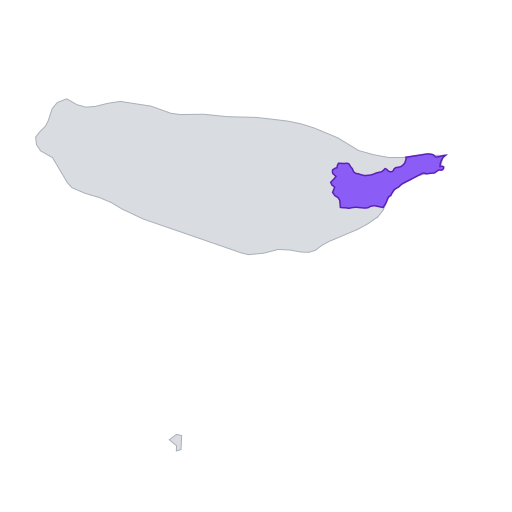 location of Pingtung within Taiwan, rotated 262°
{"feature_id": "TWN-1158", "entity_name": "Pingtung", "entity_type": "County", "adm_level": 1, "iso_a3": "TWN", "parent_name": "Taiwan", "parent_adm1": "", "projection": "natural_earth1", "projection_center": [120.7, 22.396], "detail": "fine", "context": "in_parent", "style": "filled", "palette": "violet", "viewbox_px": 512, "rotation_deg": 262, "n_neighbors": 0, "source": "natural_earth", "source_scale": "10m", "svg_char_len": 2229}
<svg xmlns="http://www.w3.org/2000/svg" viewBox="0 0 512 512"><g transform="rotate(262 256 256)"><path d="M346.2,372.2L340.0,386.3L335.1,401.1L333.1,415.1L333.2,429.6L331.8,442.6L329.3,455.5L319.5,451.8L314.3,442.5L313.0,427.4L306.0,409.1L303.3,403.8L293.1,393.6L283.9,388.5L276.7,381.0L277.6,381.6L272.4,371.4L268.3,360.6L260.1,329.8L257.2,322.4L253.4,315.6L252.3,308.9L253.6,301.4L257.2,290.3L259.4,279.0L257.7,263.7L258.4,248.6L261.1,241.9L308.2,149.7L321.0,130.1L328.8,120.5L335.4,109.6L341.6,95.9L349.2,83.3L354.7,79.5L381.7,68.2L390.0,57.4L396.8,54.1L404.4,54.3L409.3,59.4L413.8,65.5L418.4,68.8L430.3,74.7L435.6,80.5L438.0,90.4L430.7,99.8L427.1,108.3L426.5,117.6L427.8,130.3L428.0,143.0L419.0,172.9L409.2,191.5L406.6,200.7L403.7,223.7L398.0,246.8L393.1,276.0L385.2,306.1L380.7,318.7L375.0,330.8L361.5,353.6L346.2,372.2ZM86.1,144.5L90.4,152.5L88.5,157.4L74.8,154.8L74.0,150.0L79.2,150.9L86.1,144.5Z" fill="#d9dde1" stroke="#a8b0b8" stroke-width="1"/><path d="M332.9,418.1L333.3,439.8L332.7,442.9L331.7,445.4L330.4,446.5L328.9,448.0L328.9,451.6L329.5,455.4L329.4,457.9L327.6,455.0L325.0,452.9L322.0,451.4L319.0,450.6L318.9,453.3L318.0,454.3L316.7,454.0L315.3,452.7L315.2,451.7L315.7,448.7L313.6,444.8L313.4,443.8L313.4,443.0L313.6,441.6L313.6,437.0L313.8,435.7L314.7,434.2L314.9,433.0L307.3,411.2L306.7,410.0L304.6,407.1L302.9,403.0L302.2,401.8L299.0,399.1L297.8,398.3L297.4,398.1L297.0,397.8L296.6,396.2L296.4,395.7L294.7,394.5L290.9,392.4L289.1,391.1L287.3,389.4L286.4,388.8L286.3,388.7L289.4,380.1L289.3,376.6L288.2,373.5L288.3,370.5L290.4,361.6L290.5,357.6L290.3,354.6L291.3,351.3L291.8,348.3L292.4,346.3L299.2,346.7L302.3,345.5L304.7,342.6L308.3,340.7L313.3,343.5L315.8,341.0L318.6,340.2L321.5,344.0L323.7,346.3L327.0,343.5L328.6,343.4L330.6,343.8L331.9,346.5L332.2,348.6L334.3,349.1L336.4,350.6L335.3,356.4L335.3,358.6L334.5,360.7L330.8,362.4L329.0,363.6L326.0,364.3L324.0,366.1L323.1,368.9L321.7,371.7L320.5,374.8L320.2,381.0L320.7,383.8L321.4,386.3L321.8,389.3L321.8,391.5L322.8,393.6L324.6,396.0L323.6,397.6L321.6,398.9L320.8,400.6L320.6,402.5L321.7,404.1L323.0,404.8L324.1,406.7L324.1,409.1L324.3,411.7L325.6,414.2L327.3,416.2L331.2,418.2L332.9,418.1Z" fill="#8b5cf6" stroke="#5b21b6" stroke-width="1.5"/></g></svg>